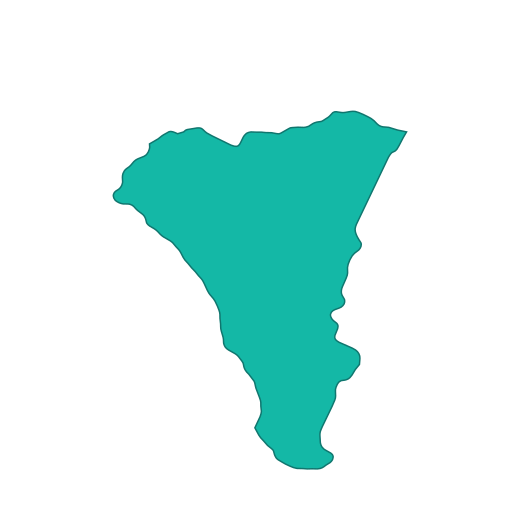 Guaymate, La Romana, Dominican Republic (Natural Earth projection), rotated 295°
{"feature_id": "3306468B11940370524112", "entity_name": "Guaymate", "entity_type": "district", "adm_level": 2, "iso_a3": "DOM", "parent_name": "Dominican Republic", "parent_adm1": "La Romana", "projection": "natural_earth1", "projection_center": [-68.971, 18.577], "detail": "fine", "context": "isolated", "style": "filled", "palette": "teal", "viewbox_px": 512, "rotation_deg": 295, "n_neighbors": 0, "source": "geoboundaries", "source_scale": "gbopen_adm2", "svg_char_len": 4235}
<svg xmlns="http://www.w3.org/2000/svg" viewBox="0 0 512 512"><g transform="rotate(295 256 256)"><path d="M99.8,327.6L94.9,334.2L93.2,337.1L91.6,341.1L89.2,346.5L88.0,351.4L87.4,353.2L86.9,354.0L86.3,354.6L83.7,356.8L82.6,358.1L81.6,359.5L81.2,360.3L80.7,362.1L80.2,366.9L79.9,370.7L79.9,375.7L80.1,379.4L80.8,382.9L83.2,388.4L84.7,392.4L86.9,396.8L89.0,401.6L90.6,404.0L92.0,405.4L93.6,406.5L96.2,407.9L100.0,410.4L101.8,411.1L103.6,411.4L104.6,411.3L106.3,410.9L107.1,410.5L107.8,409.8L108.4,409.0L109.0,407.0L109.4,401.5L109.7,399.2L110.5,397.2L110.9,396.3L112.1,394.8L113.6,393.5L114.4,393.0L120.1,389.9L121.8,389.1L123.9,388.5L126.1,388.3L129.4,388.2L151.9,388.5L158.6,388.3L160.8,388.0L162.8,387.3L166.9,385.2L168.7,384.4L170.8,384.0L174.0,383.9L176.0,384.2L177.0,384.5L178.6,385.5L179.2,386.1L181.1,389.0L182.3,390.4L183.7,391.6L185.5,392.5L188.6,393.3L195.1,394.0L201.4,395.6L206.8,393.6L208.5,392.7L209.4,392.1L211.0,390.4L212.2,388.3L212.9,385.9L213.2,382.1L212.9,367.8L213.2,365.5L213.9,363.4L214.6,362.5L215.4,361.8L217.3,361.1L224.6,360.7L226.5,360.2L227.4,359.8L228.2,359.1L228.8,358.3L229.2,357.4L230.2,353.3L231.1,351.3L232.4,349.6L233.2,348.9L234.2,348.3L235.1,348.1L237.0,348.1L238.9,348.8L240.7,350.1L243.9,353.3L245.7,354.8L247.7,355.7L249.8,356.1L251.8,355.8L253.6,354.9L254.2,354.3L256.8,350.6L258.4,349.1L260.4,348.1L262.5,347.5L264.7,347.3L273.8,347.1L277.1,346.8L279.3,346.2L284.2,343.8L287.5,343.0L292.2,342.7L296.8,343.1L300.1,344.1L304.9,346.6L307.0,347.1L309.0,347.1L311.0,346.5L311.8,346.0L312.4,345.4L314.4,342.2L316.4,339.4L318.0,337.6L319.7,336.0L321.6,334.8L322.7,334.3L324.9,333.8L327.2,333.6L401.5,334.3L404.7,334.7L406.6,335.2L407.5,335.7L409.8,337.6L410.6,338.0L412.4,338.6L416.6,339.0L425.6,339.4L432.1,340.0L430.0,331.2L428.7,322.0L428.0,320.0L426.7,316.5L426.3,314.5L426.3,312.4L426.5,311.4L427.0,309.6L428.4,306.0L428.9,303.9L429.3,301.8L429.5,298.3L429.6,293.2L429.4,288.3L428.9,284.7L428.0,282.5L426.9,280.6L423.8,276.1L422.7,274.2L422.0,272.3L420.6,267.6L419.7,266.1L418.3,265.0L414.0,263.6L412.4,262.9L407.0,259.5L405.6,258.4L403.1,254.6L401.3,252.6L399.8,251.4L395.8,248.9L393.9,246.8L392.8,245.1L390.4,239.5L387.6,234.4L386.6,232.9L385.2,231.8L378.0,226.7L376.7,225.5L376.2,224.7L375.6,222.9L374.3,218.0L371.9,212.5L370.5,208.5L368.4,204.0L366.4,199.2L365.9,198.4L364.7,196.9L363.2,195.6L362.3,195.2L360.3,194.5L358.2,194.2L352.0,194.1L350.1,193.9L348.3,193.2L347.6,192.6L347.0,191.7L346.3,189.7L345.9,186.4L346.3,165.4L346.7,159.4L347.2,157.3L348.1,154.7L348.5,153.0L348.5,152.1L348.3,151.1L348.0,150.2L347.1,148.4L341.5,140.2L340.2,139.0L337.9,138.0L333.7,133.3L333.6,130.1L333.4,128.1L332.9,126.2L332.4,125.4L331.8,124.6L326.8,121.0L325.2,120.0L320.8,117.8L312.6,112.1L309.6,113.7L307.7,114.2L304.7,114.4L302.7,114.1L301.7,113.9L300.8,113.5L299.0,112.4L294.3,108.0L292.6,106.7L291.7,106.2L289.9,105.4L285.2,104.1L283.4,103.4L280.2,101.6L278.4,100.9L277.5,100.7L274.5,100.6L272.6,101.0L270.8,101.7L266.8,103.8L265.9,104.1L264.0,104.4L262.0,104.4L260.1,104.0L258.4,103.3L255.4,101.4L253.7,100.8L251.8,100.8L250.8,101.0L250.0,101.4L248.5,102.6L247.4,104.2L246.9,105.1L246.5,107.3L246.4,109.5L246.6,111.6L247.1,113.7L248.7,117.2L249.4,119.0L249.6,120.0L249.7,122.1L249.3,124.1L247.8,127.7L247.2,129.6L245.8,135.9L245.0,137.7L243.9,139.3L242.6,140.6L240.0,142.7L239.5,143.3L238.7,145.0L238.2,147.0L237.7,152.3L237.3,154.4L236.7,156.4L235.2,160.1L234.6,162.1L234.2,164.2L233.5,172.0L233.0,174.2L232.7,175.1L230.6,179.6L229.4,182.6L228.5,184.5L227.3,186.3L223.9,190.7L222.2,193.5L220.6,197.4L218.0,202.8L216.1,207.7L213.9,212.1L212.3,216.0L211.3,217.9L209.3,220.5L204.4,226.3L202.5,228.9L201.5,230.7L199.3,235.5L197.6,238.2L194.1,242.4L191.1,245.5L189.5,246.9L187.8,248.0L184.3,249.7L179.5,252.6L176.9,253.9L175.1,254.9L173.4,256.2L168.6,260.4L166.9,261.6L163.5,263.4L162.8,263.9L161.4,265.3L160.3,266.9L159.6,268.8L159.2,271.0L158.6,278.7L158.1,280.9L157.4,282.7L154.7,287.8L153.7,289.3L153.1,289.9L150.3,292.0L149.0,293.3L147.9,294.8L146.9,296.6L145.8,299.5L144.9,301.2L141.8,307.1L140.6,308.4L137.7,310.6L136.1,311.9L129.4,318.8L127.1,321.0L125.4,322.2L121.9,323.9L117.9,326.3L117.1,326.7L115.2,327.2L112.2,327.6L99.8,327.6Z" fill="#14b8a6" stroke="#0f766e" stroke-width="1.5"/></g></svg>